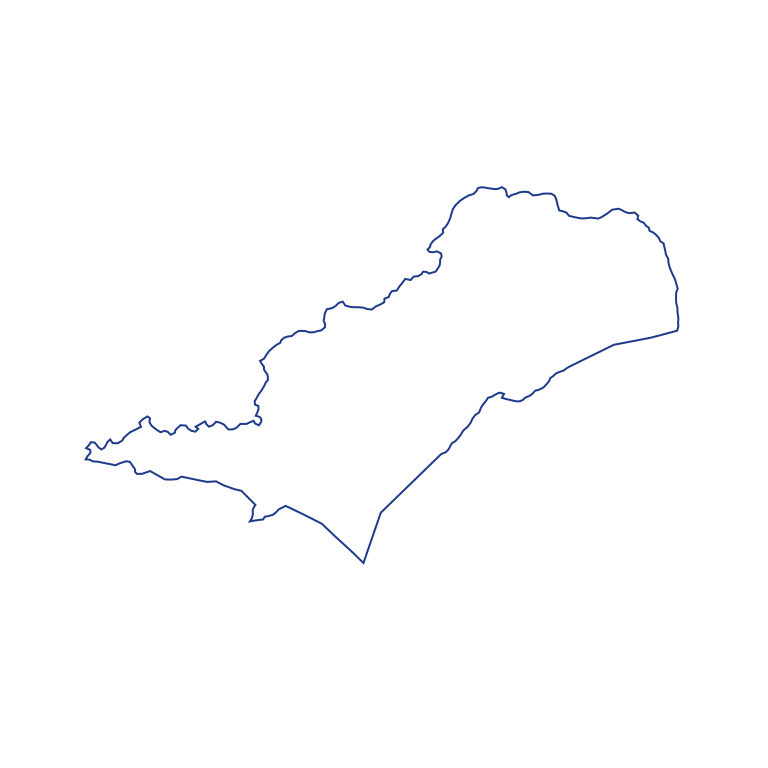 Tobias Barreto, Sergipe, Brazil (Equal Earth projection), rotated 77°
{"feature_id": "56859067B30492682162083", "entity_name": "Tobias Barreto", "entity_type": "district", "adm_level": 2, "iso_a3": "BRA", "parent_name": "Brazil", "parent_adm1": "Sergipe", "projection": "equal_earth", "projection_center": [-38.026, -11.081], "detail": "fine", "context": "isolated", "style": "outline", "palette": "blue", "viewbox_px": 768, "rotation_deg": 77, "n_neighbors": 0, "source": "geoboundaries", "source_scale": "gbopen_adm2", "svg_char_len": 4258}
<svg xmlns="http://www.w3.org/2000/svg" viewBox="0 0 768 768"><g transform="rotate(77 384 384)"><path d="M553.8,444.3L508.7,416.1L494.2,392.1L488.4,382.5L465.1,344.0L464.3,338.9L462.0,335.6L459.4,333.4L457.0,331.2L455.8,327.5L453.8,324.4L450.9,320.8L447.3,317.4L444.3,311.9L441.1,308.1L437.8,305.7L434.9,302.3L433.0,297.6L428.7,294.7L426.0,291.8L423.3,288.3L420.9,285.9L420.6,281.5L419.1,277.2L418.4,273.4L420.6,269.3L423.9,272.2L426.1,268.5L427.7,265.1L429.6,261.3L431.3,257.1L431.0,252.9L429.0,249.2L428.3,244.7L426.4,240.8L424.6,238.2L424.5,234.6L423.3,229.5L420.7,225.6L418.3,222.5L415.7,220.7L414.3,217.4L412.4,214.0L411.7,210.3L411.3,206.1L409.7,202.4L408.7,199.1L397.5,151.3L398.0,138.7L398.9,112.9L398.0,86.4L394.1,84.2L390.7,83.8L387.1,82.6L383.3,82.1L379.4,81.8L375.5,80.9L372.4,81.1L369.6,80.9L365.4,80.0L360.6,78.8L357.2,76.4L353.1,76.6L348.9,76.8L346.0,77.1L343.4,77.9L340.7,78.4L337.9,78.9L333.8,79.5L329.6,79.5L325.8,78.9L321.4,80.2L317.4,80.0L312.7,80.0L309.8,80.0L307.2,82.6L303.5,83.3L300.0,85.3L297.0,87.5L294.5,90.8L291.2,90.8L289.0,93.1L285.3,94.6L283.2,97.6L280.3,100.0L277.2,98.4L273.3,101.3L272.7,106.7L270.8,110.2L268.0,113.2L266.0,116.0L265.5,122.5L267.2,126.0L268.7,129.8L270.3,134.2L271.0,137.9L269.7,141.6L268.3,145.4L268.0,149.4L267.0,154.8L264.5,160.4L261.8,165.8L258.0,167.7L255.9,170.9L254.3,174.2L250.1,174.5L246.5,174.6L243.5,174.6L239.2,175.2L236.3,178.1L235.2,181.8L234.3,186.3L234.4,191.6L233.7,196.5L229.5,200.0L228.0,205.1L227.8,208.9L228.4,212.8L228.6,217.4L230.1,220.3L227.9,221.9L225.1,221.6L221.7,221.9L218.7,224.8L219.5,228.7L219.1,232.1L217.8,235.3L216.6,238.6L215.2,241.7L214.2,244.8L214.2,248.3L217.0,250.8L219.0,254.1L219.3,258.8L220.7,263.7L222.7,268.9L225.9,274.1L229.0,277.5L232.9,279.8L237.5,282.3L241.6,285.4L244.6,288.6L246.4,291.9L249.9,292.3L252.6,296.9L254.2,301.0L255.8,304.1L258.5,307.2L261.1,308.6L262.7,311.4L265.4,310.1L266.6,306.9L266.8,302.3L269.8,299.0L273.0,299.2L275.2,301.2L278.5,302.1L281.3,303.3L283.6,305.7L286.1,308.3L286.3,311.6L286.5,315.2L284.4,317.3L283.3,320.6L285.5,322.8L286.6,326.6L286.0,331.0L288.7,334.6L286.4,339.7L289.4,343.1L292.3,346.9L295.8,350.5L295.3,355.3L297.5,358.0L300.3,359.8L300.9,364.3L304.4,365.4L305.7,369.8L306.5,374.4L308.7,379.2L307.2,383.4L304.9,387.1L303.3,392.3L302.3,396.4L301.1,399.9L298.9,404.0L294.5,405.7L294.8,410.0L297.1,413.6L298.4,417.8L298.3,422.9L301.9,425.8L305.4,427.1L308.8,428.6L312.0,428.0L315.4,428.7L317.7,433.2L317.5,436.7L317.8,440.6L317.0,444.9L314.5,449.2L313.1,455.0L314.3,459.0L316.5,463.0L316.1,467.4L316.4,470.8L318.3,474.3L320.6,476.0L321.7,480.0L323.6,484.0L325.9,488.3L329.2,492.2L332.4,495.3L333.6,499.6L337.0,498.5L340.1,497.1L342.7,497.7L345.7,496.7L348.1,495.6L351.2,495.6L354.1,496.3L355.8,498.7L359.3,501.5L363.1,505.2L365.8,508.5L368.9,511.1L371.6,513.9L375.1,514.3L377.1,511.4L380.2,511.9L382.9,513.6L386.1,516.1L388.0,512.6L390.7,511.4L393.4,512.2L396.1,515.2L393.5,518.5L390.6,519.4L391.0,522.7L392.0,527.0L390.6,532.9L393.5,537.7L394.2,541.5L393.3,545.9L390.3,547.5L387.3,549.3L384.8,552.4L383.0,556.2L385.6,560.0L386.2,564.2L383.4,566.0L380.2,566.7L381.7,571.8L383.3,577.1L386.0,575.1L388.0,578.6L386.1,582.5L383.3,585.0L380.0,586.3L378.4,591.4L380.3,595.0L382.1,597.7L384.5,598.8L385.5,603.3L382.3,605.2L380.3,608.0L380.7,612.6L377.8,615.5L374.6,618.2L372.1,620.0L368.4,621.1L364.7,619.7L362.4,621.8L364.0,626.8L366.6,631.1L371.1,630.4L372.2,634.9L373.1,638.7L374.0,642.5L376.2,646.7L377.9,649.7L380.3,651.8L381.8,657.0L380.6,661.6L376.4,663.3L378.4,666.6L380.5,668.3L383.1,670.8L384.2,674.0L381.4,676.6L378.3,677.8L375.9,679.3L374.8,682.6L377.3,685.3L379.5,688.7L382.0,685.1L385.0,685.5L387.6,689.1L390.3,691.6L391.5,687.9L393.9,685.1L395.1,680.9L402.8,663.8L402.0,660.4L401.6,657.0L401.3,652.5L402.7,649.1L407.1,647.4L410.9,645.8L413.7,646.3L416.0,645.0L417.1,640.0L416.2,631.5L427.7,618.9L429.2,613.2L430.1,607.1L428.7,602.2L437.3,583.6L439.6,578.4L441.1,569.5L446.5,563.3L452.9,553.3L456.0,547.0L472.9,536.5L475.1,538.8L477.7,540.4L481.6,541.1L485.2,543.0L487.7,545.6L487.9,542.0L488.3,536.8L488.8,532.3L486.5,530.0L486.7,526.3L486.4,521.6L484.7,517.9L482.5,514.8L481.5,510.7L480.6,507.3L493.2,491.5L506.2,476.0L521.8,465.7L541.4,452.2L553.8,444.3Z" fill="none" stroke="#1e3a8a" stroke-width="2"/></g></svg>